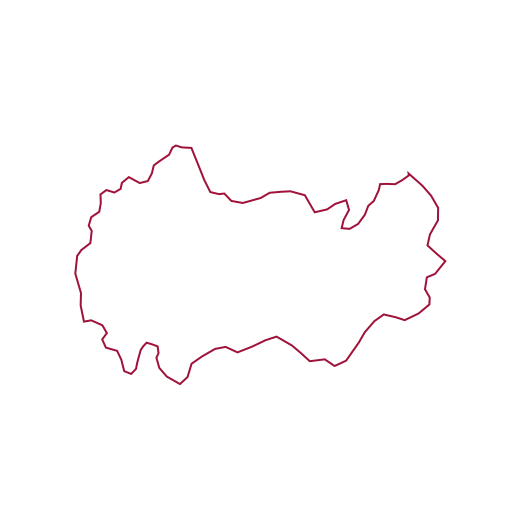 the district of Gimcheon-si, North Gyeongsang, South Korea, rotated 240°
{"feature_id": "91817680B51485783996699", "entity_name": "Gimcheon-si", "entity_type": "district", "adm_level": 2, "iso_a3": "KOR", "parent_name": "South Korea", "parent_adm1": "North Gyeongsang", "projection": "equal_earth", "projection_center": [128.084, 36.038], "detail": "fine", "context": "isolated", "style": "outline", "palette": "rose", "viewbox_px": 512, "rotation_deg": 240, "n_neighbors": 0, "source": "geoboundaries", "source_scale": "gbopen_adm2", "svg_char_len": 1590}
<svg xmlns="http://www.w3.org/2000/svg" viewBox="0 0 512 512"><g transform="rotate(240 256 256)"><path d="M222.2,84.3L216.3,88.9L218.2,95.6L223.0,99.8L232.2,109.1L234.2,113.2L235.6,117.9L231.3,122.0L226.9,125.6L220.6,123.0L217.7,118.9L207.5,116.3L196.1,118.5L183.1,126.1L185.4,136.2L194.9,146.3L196.0,158.9L196.0,174.1L192.5,184.2L181.8,191.8L179.5,207.0L178.3,222.2L175.9,233.5L160.5,242.4L149.9,246.2L138.0,250.0L132.1,263.9L121.5,269.0L121.2,271.7L120.3,281.7L125.0,291.8L129.7,301.9L135.6,312.1L140.4,326.0L141.5,337.4L133.2,346.3L126.1,352.7L125.0,367.1L124.9,367.9L127.3,381.9L133.2,385.7L142.7,385.7L152.1,393.3L151.0,402.2L156.9,417.4L167.5,413.6L179.4,409.8L187.7,417.4L195.9,431.4L206.6,437.8L220.8,437.8L233.8,435.2L251.2,429.4L249.4,428.7L248.6,420.5L248.6,412.4L253.2,405.1L256.2,399.4L251.7,395.3L244.8,385.6L243.3,378.3L237.3,370.9L232.7,360.4L232.7,350.6L237.3,344.1L243.3,349.8L249.4,359.6L259.2,362.0L261.5,350.6L260.8,340.9L264.5,328.7L274.4,328.7L284.2,328.7L294.8,318.2L299.4,309.2L303.9,299.5L303.9,289.0L308.5,271.1L316.0,262.2L325.9,259.8L328.1,254.9L334.2,248.4L347.8,249.2L359.2,250.9L381.9,254.1L387.2,246.0L391.7,241.9L391.7,237.9L387.2,231.4L386.4,220.1L385.6,212.8L379.6,207.1L375.0,199.8L377.3,191.8L387.9,185.3L386.4,176.4L381.8,172.3L381.8,165.1L387.9,159.4L387.1,152.1L379.5,148.1L372.7,142.4L372.0,132.7L365.9,126.3L359.9,126.3L350.0,119.0L348.5,107.7L345.5,101.2L331.1,90.7L311.4,85.9L300.8,79.4L285.2,74.2L282.7,81.1L272.8,88.3L263.8,88.3L260.7,81.1L251.7,80.2L243.3,88.3L233.5,87.5L222.2,84.3Z" fill="none" stroke="#9f1239" stroke-width="2"/></g></svg>